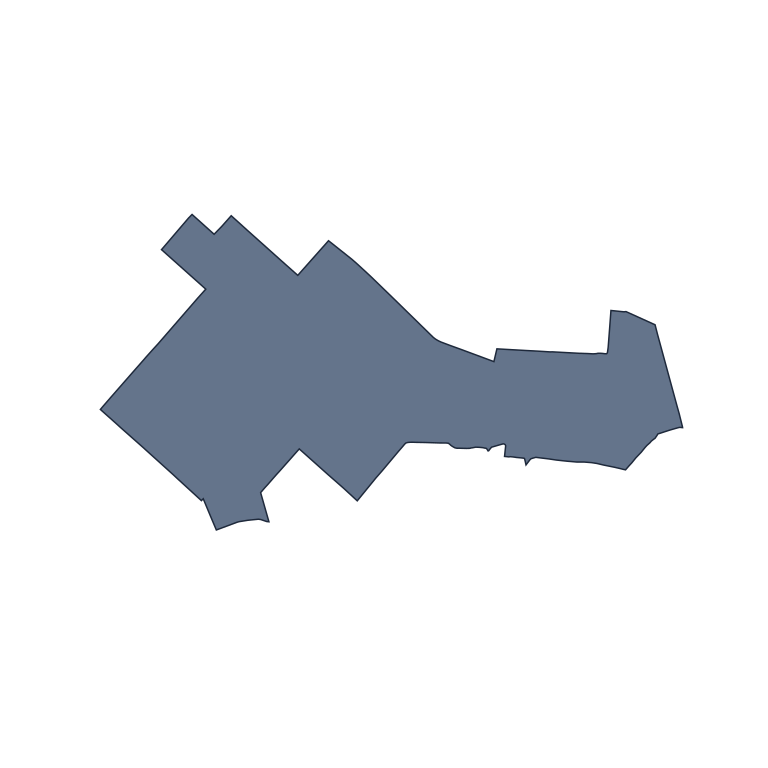 Luica, Calarasi, Romania (Mercator projection), rotated 220°
{"feature_id": "2599482B3478355061153", "entity_name": "Luica", "entity_type": "district", "adm_level": 2, "iso_a3": "ROU", "parent_name": "Romania", "parent_adm1": "Calarasi", "projection": "mercator", "projection_center": [26.612, 44.255], "detail": "fine", "context": "isolated", "style": "filled", "palette": "slate", "viewbox_px": 768, "rotation_deg": 220, "n_neighbors": 0, "source": "geoboundaries", "source_scale": "gbopen_adm2", "svg_char_len": 2931}
<svg xmlns="http://www.w3.org/2000/svg" viewBox="0 0 768 768"><g transform="rotate(220 384 384)"><path d="M518.6,458.1L519.9,411.8L543.7,412.5L549.8,412.7L587.5,413.9L609.2,414.7L609.6,400.5L610.4,389.5L625.2,390.0L640.0,390.5L640.1,389.7L640.3,386.6L640.3,386.4L640.4,385.9L640.8,343.9L581.5,342.1L581.9,330.2L582.9,269.8L583.2,263.0L583.6,251.2L583.6,248.9L583.9,236.3L584.1,227.5L584.7,198.8L584.9,186.2L584.9,183.7L584.9,182.2L582.6,182.1L565.5,181.6L557.6,181.3L526.9,180.5L525.0,180.4L486.6,179.0L481.3,178.7L448.9,177.3L448.7,179.9L431.9,171.2L418.6,164.4L407.8,183.5L406.5,185.4L400.7,192.1L393.3,199.7L391.4,200.9L385.3,203.3L383.6,204.5L387.6,207.2L408.7,221.5L408.6,228.3L408.4,232.9L408.3,239.4L408.2,244.4L408.1,247.1L408.0,249.0L407.6,263.5L407.2,279.8L368.3,278.6L348.8,278.2L329.4,277.3L329.8,307.0L329.6,316.5L329.6,329.5L329.6,335.7L329.6,342.0L329.5,348.2L329.5,351.1L329.4,352.1L329.4,352.5L329.1,353.2L328.2,354.5L326.5,356.2L324.4,358.0L322.2,359.7L314.9,365.6L303.1,374.9L298.4,378.8L296.6,380.0L294.4,380.1L293.8,380.0L293.3,380.0L292.0,380.1L290.1,380.4L289.2,380.6L288.6,380.7L287.7,381.2L287.2,381.5L286.8,381.7L285.3,383.0L281.0,386.4L280.3,387.0L279.7,387.4L277.0,389.8L275.9,391.3L275.3,391.9L274.8,392.5L274.0,393.5L273.2,394.5L270.5,396.6L267.9,398.4L267.3,398.8L265.7,399.6L265.1,400.0L264.6,400.3L264.4,400.4L263.7,400.4L262.6,400.1L261.8,399.8L261.4,399.6L261.0,399.9L260.9,400.2L261.0,402.0L261.0,404.7L256.8,411.0L254.2,414.8L252.9,415.4L252.1,415.4L251.1,414.9L245.1,406.0L241.4,408.5L240.8,409.3L238.8,410.7L236.3,412.3L235.7,412.6L233.1,414.4L231.4,415.6L229.7,416.7L228.9,417.2L228.4,417.2L226.2,415.6L224.0,413.9L223.2,413.3L223.3,415.2L223.3,415.5L223.5,419.7L223.5,420.2L223.3,421.3L222.9,421.9L222.5,422.6L220.5,425.5L220.1,425.7L209.5,432.6L206.4,434.5L203.3,436.4L197.9,440.0L193.6,442.9L191.5,444.4L186.2,448.1L180.6,452.8L174.4,457.2L169.8,460.0L163.8,463.0L153.7,468.5L151.9,469.4L150.2,470.3L145.7,472.5L143.8,473.5L143.7,478.6L143.5,482.8L143.6,489.4L143.3,494.0L143.1,497.0L143.2,503.3L143.1,506.0L142.5,510.0L142.5,512.1L142.1,514.1L141.8,515.5L141.5,516.4L141.5,517.0L141.7,518.9L141.8,520.1L142.0,521.1L142.1,521.8L140.6,524.1L138.0,528.3L136.8,530.2L136.0,531.5L134.3,534.1L131.8,537.8L130.7,539.4L129.9,540.5L129.4,541.0L127.2,542.5L127.5,542.8L131.2,545.5L136.6,549.4L138.5,550.8L141.7,553.0L144.8,555.1L160.8,566.2L206.6,598.0L214.4,603.6L245.2,595.0L246.5,593.6L248.7,592.1L257.4,586.2L247.9,573.0L235.8,556.1L233.1,551.8L232.9,550.9L232.9,550.3L234.2,549.2L236.4,547.8L238.3,546.4L239.9,545.0L240.9,543.7L243.2,541.5L247.6,538.2L251.4,535.2L253.0,534.0L253.4,533.6L275.9,516.7L277.2,515.5L283.2,511.1L289.1,506.7L296.4,501.2L320.1,483.5L314.2,471.8L346.7,460.2L358.2,456.0L367.3,452.8L370.4,452.0L373.4,451.5L376.2,451.4L393.4,452.7L431.5,455.6L463.9,457.9L480.8,458.7L488.7,458.9L503.7,458.5L518.6,458.1Z" fill="#64748b" stroke="#1e293b" stroke-width="1.5"/></g></svg>